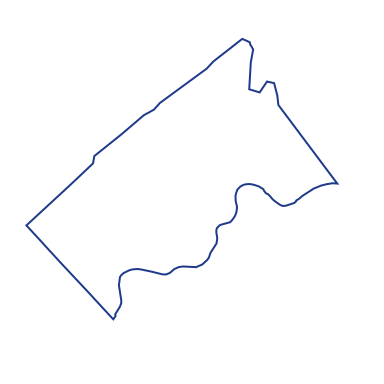 outline of Hamilton, Ohio, United States of America, rotated 317°
{"feature_id": "52423323B74792918686733", "entity_name": "Hamilton", "entity_type": "district", "adm_level": 2, "iso_a3": "USA", "parent_name": "United States of America", "parent_adm1": "Ohio", "projection": "natural_earth1", "projection_center": [-84.539, 39.167], "detail": "fine", "context": "isolated", "style": "outline", "palette": "blue", "viewbox_px": 384, "rotation_deg": 317, "n_neighbors": 0, "source": "geoboundaries", "source_scale": "gbopen_adm2", "svg_char_len": 1473}
<svg xmlns="http://www.w3.org/2000/svg" viewBox="0 0 384 384"><g transform="rotate(317 192 192)"><path d="M286.9,111.8L229.4,105.0L220.3,105.8L209.3,103.0L179.8,101.7L145.1,99.1L139.1,103.6L107.6,103.8L48.1,103.5L48.0,125.0L47.9,131.3L47.8,138.2L47.9,140.3L47.8,142.5L47.7,153.5L47.7,158.9L47.8,198.0L47.7,203.5L47.6,231.4L50.9,230.8L51.6,230.4L52.4,229.1L61.1,226.7L64.2,225.2L66.1,223.4L75.0,210.3L81.3,205.1L83.2,204.6L86.6,204.6L92.8,206.5L95.8,208.1L99.7,211.2L102.0,214.0L108.2,222.8L113.0,230.2L114.4,232.3L116.9,234.7L120.8,236.1L126.5,236.3L131.1,237.9L134.6,240.3L143.8,249.8L148.4,251.4L150.1,252.0L156.4,252.1L159.6,251.5L164.3,249.0L174.7,246.4L174.9,246.3L178.9,243.1L182.2,238.2L183.8,236.5L185.6,235.4L189.4,235.2L190.5,235.5L199.1,240.0L201.7,240.0L206.7,239.0L208.6,238.1L210.6,237.1L213.5,234.8L213.8,234.4L214.9,233.4L218.0,228.1L221.5,224.2L223.9,222.7L226.4,221.4L226.8,221.2L231.2,221.0L234.6,221.9L237.4,223.6L239.8,225.7L242.1,228.8L244.7,233.5L246.1,238.6L245.6,239.8L245.2,243.4L246.1,245.2L246.2,248.9L246.0,252.3L246.4,255.7L247.7,261.7L248.7,263.8L249.8,265.0L252.0,266.4L259.4,269.8L261.7,269.8L262.5,269.3L266.0,270.0L269.7,270.1L283.3,272.5L290.7,275.3L295.6,278.0L299.2,280.4L300.7,281.4L304.0,284.9L306.4,262.3L314.5,187.3L320.2,179.6L326.3,168.4L322.2,162.4L309.4,165.3L303.9,155.9L323.3,137.4L333.9,129.5L334.9,125.6L335.2,123.7L336.4,121.9L333.2,114.3L296.7,111.1L286.9,111.8Z" fill="none" stroke="#1e3a8a" stroke-width="2"/></g></svg>